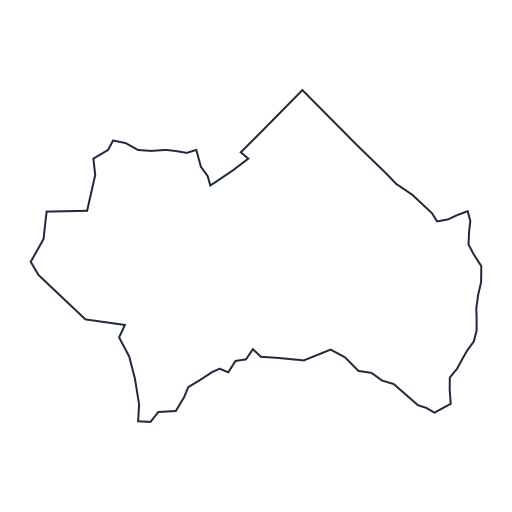 outline of Estação, Rio Grande do Sul, Brazil
{"feature_id": "56859067B47063439321090", "entity_name": "Estação", "entity_type": "district", "adm_level": 2, "iso_a3": "BRA", "parent_name": "Brazil", "parent_adm1": "Rio Grande do Sul", "projection": "orthographic", "projection_center": [-52.286, -27.926], "detail": "fine", "context": "isolated", "style": "outline", "palette": "slate", "viewbox_px": 512, "rotation_deg": 0, "n_neighbors": 0, "source": "geoboundaries", "source_scale": "gbopen_adm2", "svg_char_len": 1112}
<svg xmlns="http://www.w3.org/2000/svg" viewBox="0 0 512 512"><path d="M93.4,158.6L95.2,175.1L87.1,210.8L46.6,211.6L43.5,239.1L35.7,253.0L30.7,261.8L38.5,275.0L85.4,319.4L124.9,325.0L119.1,337.4L129.2,356.5L134.9,378.5L139.1,404.4L138.1,421.3L150.5,421.9L158.3,412.0L175.8,411.0L184.1,397.2L188.2,387.2L199.9,380.1L211.8,372.3L219.6,368.7L228.3,372.3L235.5,360.9L246.0,359.4L252.9,349.2L260.9,356.8L276.8,357.8L303.8,360.4L330.6,349.6L345.1,357.4L358.4,370.9L371.5,372.9L382.0,380.5L393.8,384.1L417.9,405.2L426.1,407.8L434.4,412.7L450.7,403.8L449.7,389.8L449.8,377.5L457.1,368.7L461.5,360.5L466.7,351.3L473.8,341.4L476.6,330.6L476.6,318.4L476.3,308.5L478.1,295.1L481.1,282.2L481.3,266.2L473.8,254.5L468.5,244.5L469.1,231.7L470.3,221.0L467.7,211.2L457.0,215.2L448.0,219.4L437.1,221.4L432.0,213.2L412.2,194.7L396.2,183.9L385.7,173.0L356.5,144.7L302.4,90.1L261.8,131.3L240.8,152.3L248.3,158.6L232.0,171.0L210.3,185.5L207.7,176.2L200.9,166.8L196.3,149.9L186.7,152.9L175.0,150.9L165.8,149.9L151.3,150.9L138.0,150.0L125.7,143.1L113.1,140.5L108.0,150.0L93.4,158.6Z" fill="none" stroke="#1e293b" stroke-width="2"/></svg>